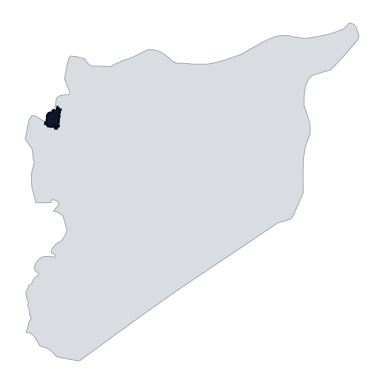 Jisr-Ash-Shugur, Idlib, Syria shown in context
{"feature_id": "27442178B84192320308694", "entity_name": "Jisr-Ash-Shugur", "entity_type": "district", "adm_level": 2, "iso_a3": "SYR", "parent_name": "Syria", "parent_adm1": "Idlib", "projection": "equal_earth", "projection_center": [36.341, 35.883], "detail": "fine", "context": "in_parent", "style": "filled", "palette": "ink", "viewbox_px": 384, "rotation_deg": 0, "n_neighbors": 0, "source": "geoboundaries", "source_scale": "gbopen_adm2", "svg_char_len": 4430}
<svg xmlns="http://www.w3.org/2000/svg" viewBox="0 0 384 384"><path d="M31.8,115.6L35.6,116.0L43.7,121.3L45.1,121.1L47.5,114.2L49.9,111.8L54.9,109.7L56.4,98.4L58.7,96.3L61.5,95.1L65.8,94.9L69.6,94.2L69.9,92.2L64.6,79.2L65.0,75.9L67.6,62.9L69.2,57.8L70.7,56.1L76.7,56.7L85.0,59.0L87.2,62.8L91.4,66.1L97.5,65.9L104.6,66.5L110.1,66.7L114.5,64.4L124.5,60.0L129.4,58.6L133.9,56.6L148.3,49.5L154.0,50.0L158.0,51.0L161.0,52.1L167.9,57.0L173.5,61.9L177.5,63.4L184.6,63.3L194.8,64.3L207.4,64.2L214.7,62.8L224.0,60.4L240.7,54.5L262.4,42.3L275.2,36.4L280.8,35.7L288.0,35.6L295.3,37.1L303.5,38.3L307.3,38.2L316.2,36.9L327.6,34.5L334.8,32.4L343.5,29.1L348.8,23.6L350.5,23.0L352.8,24.0L353.9,24.4L356.2,27.6L358.8,35.6L358.8,36.5L358.4,38.8L352.9,45.5L345.3,54.5L339.9,60.2L330.7,69.8L323.8,71.9L312.0,75.4L308.9,78.7L306.1,84.2L304.5,91.6L304.1,96.3L303.9,105.0L306.9,114.1L309.8,122.8L310.2,128.5L310.1,134.2L307.6,140.2L305.0,148.6L303.5,158.0L303.0,175.6L303.3,190.7L303.1,193.2L298.4,203.8L292.9,216.3L290.3,219.2L277.8,222.9L264.2,232.0L248.9,242.3L235.1,251.6L220.5,261.3L205.4,271.5L194.6,278.7L180.1,288.4L166.8,297.7L153.4,307.2L143.2,314.3L127.7,325.7L118.6,332.3L105.2,342.1L93.4,350.7L79.4,361.0L61.8,357.9L56.2,356.2L51.7,351.3L48.3,348.7L40.0,346.0L34.7,336.9L31.5,333.6L26.0,332.2L28.3,326.3L28.8,322.5L31.2,317.8L29.7,314.7L29.0,308.2L27.9,306.6L27.6,304.8L28.4,302.7L28.1,300.6L27.1,299.7L26.7,296.4L25.9,294.0L26.3,291.1L27.5,289.1L28.8,285.5L30.3,284.4L32.6,282.1L33.2,279.7L35.4,277.3L38.2,275.4L38.8,273.9L38.4,273.0L35.6,271.3L34.1,268.2L35.4,263.8L36.3,262.4L38.0,260.3L41.8,257.0L44.8,256.5L47.3,256.5L51.6,256.7L55.0,257.3L55.8,256.5L55.7,255.4L51.6,252.7L51.4,250.6L52.4,248.3L55.3,244.7L58.8,242.1L60.6,241.6L64.6,236.3L67.1,230.4L63.0,216.0L60.5,213.8L56.4,211.8L54.0,211.5L53.8,210.5L57.0,206.9L59.3,203.7L56.8,200.7L52.3,199.3L50.6,202.4L44.9,202.7L35.9,202.7L32.0,187.5L31.4,181.0L31.5,173.4L34.3,162.3L33.0,157.2L32.9,153.8L32.2,149.0L25.2,138.8L29.1,120.1L31.8,115.6Z" fill="#d9dde1" stroke="#a8b0b8" stroke-width="1"/><path d="M57.3,128.6L57.3,128.4L57.3,128.0L57.2,127.5L57.1,127.1L57.2,126.9L57.3,126.6L57.5,126.6L58.0,126.7L58.3,126.5L58.4,126.9L58.6,126.9L58.8,126.8L59.0,126.6L59.1,126.4L59.1,126.2L59.2,125.8L59.2,125.6L59.1,125.4L59.0,125.1L58.8,125.1L58.5,125.1L58.3,125.1L58.2,125.0L58.2,124.5L58.1,123.6L58.2,123.4L58.4,123.3L58.6,123.3L58.8,123.2L58.9,122.9L59.0,122.5L59.0,122.0L59.1,121.7L59.0,121.2L59.0,120.9L59.1,120.6L59.1,119.6L59.1,119.4L59.1,119.2L59.1,118.9L59.1,118.7L59.1,118.4L59.2,118.2L59.1,117.8L59.0,117.7L58.9,117.5L59.0,117.3L59.3,117.2L59.9,116.9L59.8,116.4L59.8,116.1L59.8,115.9L59.4,115.8L59.5,115.0L59.5,114.4L59.6,114.0L59.7,113.6L59.9,113.2L60.2,112.8L60.2,112.5L60.0,112.1L59.9,111.8L59.9,111.7L60.1,111.2L60.1,110.9L60.3,110.7L60.7,110.5L60.8,110.4L60.8,110.2L60.8,109.9L60.8,109.6L60.9,109.3L61.0,109.2L60.9,109.1L60.7,109.1L60.4,109.2L60.0,109.2L59.4,109.1L59.2,108.6L59.1,108.3L59.0,108.1L58.7,108.0L58.4,107.8L58.3,107.6L58.2,107.1L58.1,106.9L57.7,106.7L57.3,106.6L57.4,106.9L57.2,107.3L56.8,107.8L56.7,108.1L56.7,108.5L56.7,109.3L56.5,109.9L56.3,110.1L56.0,110.3L55.4,110.5L55.1,110.5L54.8,110.5L54.4,110.2L53.4,109.7L53.2,109.8L52.7,110.2L52.5,110.3L52.5,110.5L52.4,110.5L52.2,111.3L52.6,112.0L52.8,112.5L52.6,112.8L52.4,112.9L52.0,113.1L51.8,113.0L51.7,113.0L51.4,113.0L51.1,112.8L50.7,112.5L50.4,112.5L50.4,112.4L50.2,112.4L49.8,112.4L49.7,112.4L49.5,112.5L48.9,112.6L48.5,112.9L48.1,113.2L48.0,113.4L47.8,113.6L47.6,113.9L47.4,114.3L47.3,114.5L47.2,114.6L46.8,115.4L46.8,115.5L46.5,116.6L46.8,117.6L46.9,117.8L46.8,118.4L46.7,119.3L46.6,120.2L46.6,121.0L46.4,121.3L46.2,121.7L45.8,122.4L45.7,122.4L45.4,122.2L45.1,122.1L44.9,122.6L44.8,123.3L44.8,123.6L44.8,123.8L44.8,124.0L45.4,124.5L45.5,124.5L45.8,124.4L46.2,124.7L46.6,124.9L46.8,125.1L47.3,125.6L47.4,126.0L47.7,126.4L47.8,126.6L48.4,126.7L48.5,126.7L48.9,126.7L50.3,126.8L50.6,126.9L51.0,127.1L51.5,127.2L51.9,126.9L52.0,126.7L52.3,126.7L52.5,126.7L52.8,126.9L53.1,127.0L53.3,126.8L53.3,126.7L53.3,126.4L53.4,126.1L53.5,126.0L53.8,126.0L54.2,126.2L54.2,126.3L54.3,126.4L54.5,126.8L54.6,127.0L54.8,127.3L54.9,127.5L54.6,127.8L54.6,128.2L54.6,128.4L54.7,128.6L54.9,128.8L55.0,128.8L55.3,128.8L55.5,128.7L55.8,128.7L55.8,128.9L55.9,129.0L56.0,129.1L56.3,129.0L56.5,129.0L56.5,128.8L56.5,128.6L56.6,128.4L56.9,128.6L57.1,128.6L57.3,128.6L57.3,128.6Z" fill="#0f172a" stroke="#020617" stroke-width="1.5"/></svg>